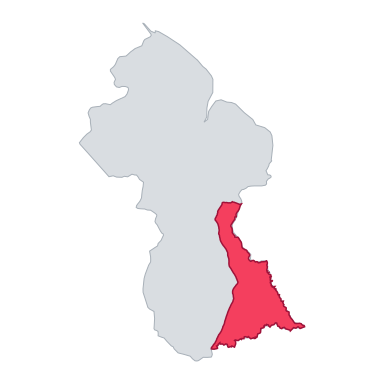 location of VI-7 Upper Corentyne, East Berbice-Corentyne, Guyana
{"feature_id": "73187651B49855956252830", "entity_name": "VI-7 Upper Corentyne", "entity_type": "district", "adm_level": 2, "iso_a3": "GUY", "parent_name": "Guyana", "parent_adm1": "East Berbice-Corentyne", "projection": "albers", "projection_center": [-57.779, 3.06], "detail": "fine", "context": "in_parent", "style": "filled", "palette": "rose", "viewbox_px": 384, "rotation_deg": 0, "n_neighbors": 0, "source": "geoboundaries", "source_scale": "gbopen_adm2", "svg_char_len": 9517}
<svg xmlns="http://www.w3.org/2000/svg" viewBox="0 0 384 384"><path d="M109.0,176.7L99.3,165.8L89.6,154.9L80.0,144.2L79.4,142.7L83.4,137.6L87.0,134.0L90.0,131.9L91.4,130.1L90.4,122.2L90.4,119.4L89.1,116.3L88.1,112.9L89.3,110.0L90.7,108.0L92.6,107.2L97.1,106.6L100.2,106.3L101.4,105.1L103.2,103.8L105.6,103.7L110.3,104.7L112.5,103.0L116.4,100.6L125.1,96.6L127.1,93.9L128.5,89.9L128.3,87.9L127.4,87.2L125.3,86.5L122.0,86.4L119.3,87.5L116.5,86.9L114.3,84.4L114.1,82.3L115.5,79.3L114.7,77.4L110.4,71.1L110.4,69.4L113.6,66.7L115.4,64.3L117.8,58.6L119.8,56.7L125.9,56.1L127.4,54.9L130.6,51.9L135.2,48.5L141.8,45.8L143.8,40.8L144.9,39.4L150.2,36.8L151.2,35.4L151.0,34.2L142.6,23.0L144.3,23.8L150.8,31.1L154.5,32.7L155.2,32.7L155.3,30.8L158.6,31.6L167.3,36.6L179.9,44.9L197.7,60.4L202.7,66.4L206.1,69.1L211.4,75.9L212.9,79.3L212.8,92.5L208.1,101.4L206.9,108.1L206.7,117.1L204.0,122.2L207.6,119.4L208.7,111.3L211.8,106.4L215.8,101.0L221.1,99.8L226.9,102.1L231.5,102.5L235.6,104.1L244.3,112.7L252.8,119.5L255.8,124.9L264.8,127.7L270.2,132.0L271.9,135.7L272.9,145.4L271.2,160.2L271.7,160.9L269.2,163.8L268.8,165.7L267.2,168.9L266.0,170.7L267.8,174.8L269.8,175.0L270.6,175.5L271.1,176.3L271.0,177.2L270.2,177.9L268.3,178.9L266.4,181.3L266.6,183.9L265.4,185.2L261.7,185.9L254.4,185.9L250.9,186.1L248.0,186.6L246.1,188.2L243.7,189.4L241.9,189.7L240.2,191.6L238.6,194.4L239.1,196.3L240.8,198.8L241.8,201.4L240.5,205.6L239.1,208.8L238.2,211.3L237.1,216.1L234.3,221.3L232.3,224.3L232.3,227.5L233.3,232.1L239.0,238.8L240.9,242.0L242.4,247.1L247.6,251.1L250.8,254.4L250.5,258.7L251.0,260.0L253.0,261.1L255.4,262.0L258.1,261.9L260.6,261.5L261.1,260.9L266.7,260.8L267.4,261.9L267.7,268.1L267.9,270.6L269.3,271.6L270.0,273.2L270.1,274.6L270.4,278.1L271.2,279.9L271.1,283.6L271.6,284.9L273.2,285.9L275.1,288.5L275.9,288.9L276.3,289.8L277.9,293.6L278.8,294.7L279.4,294.9L279.6,296.2L280.8,299.7L281.7,300.6L283.2,303.2L283.9,306.0L285.9,309.2L288.1,311.5L289.0,313.8L291.7,318.9L294.3,322.5L297.9,323.5L300.8,324.0L302.7,325.4L304.5,326.9L302.6,327.5L300.8,328.5L298.4,327.8L295.0,328.1L291.5,329.2L288.2,329.7L282.1,328.1L280.3,327.8L279.0,327.1L276.5,323.9L275.3,323.6L272.0,325.1L268.1,326.1L266.1,325.9L263.9,327.0L261.7,328.4L257.7,334.6L255.6,336.8L253.4,337.8L248.9,337.8L244.1,338.0L240.6,339.5L237.2,340.3L235.5,340.4L235.0,343.8L234.2,345.4L233.1,346.3L230.5,346.6L228.2,346.5L226.8,345.0L224.1,344.3L221.8,343.8L220.3,343.0L219.1,343.2L218.0,344.6L217.2,345.8L216.5,348.1L213.0,348.8L211.4,350.0L212.3,354.2L211.9,355.9L211.2,357.1L206.9,357.4L203.2,357.3L201.1,358.8L198.5,360.6L196.9,361.0L195.0,360.8L192.5,358.8L190.2,356.2L184.1,354.4L178.1,352.9L174.1,348.8L173.2,346.8L171.3,345.9L166.7,341.1L164.1,338.0L161.3,337.1L158.1,335.8L158.2,333.6L158.0,331.4L156.6,330.5L154.7,329.9L154.0,328.7L154.2,325.9L154.6,318.5L154.0,311.5L149.7,309.1L147.9,307.4L144.6,297.0L143.1,292.4L143.0,288.9L144.1,278.5L145.3,274.1L148.7,265.1L150.6,262.0L150.7,259.8L150.6,256.8L149.6,251.1L155.2,247.4L157.6,245.9L158.1,243.5L161.1,240.4L162.4,237.5L163.5,235.2L163.2,233.9L161.9,233.2L160.4,231.0L157.1,224.7L155.9,223.4L155.0,221.7L155.5,218.9L156.8,215.8L156.6,214.6L154.6,212.9L150.6,210.2L147.3,210.0L144.7,209.0L140.9,208.8L137.9,208.5L136.2,207.5L136.5,205.8L137.3,204.5L139.8,201.4L141.5,198.0L141.8,194.7L142.3,190.3L143.1,186.5L143.5,182.2L139.5,179.4L138.2,177.1L136.5,175.0L134.7,175.0L132.0,174.2L127.7,176.8L124.3,176.3L122.0,177.3L116.6,177.1L113.2,175.8L109.0,176.7Z" fill="#d9dde1" stroke="#a8b0b8" stroke-width="1"/><path d="M215.1,219.9L215.7,220.6L216.6,221.8L217.6,223.4L218.0,224.3L218.4,225.8L218.5,226.2L218.8,227.2L218.9,228.6L219.0,229.0L219.2,230.0L219.2,230.6L219.0,231.4L219.0,232.3L218.8,232.6L218.7,233.7L218.8,234.1L219.3,235.0L219.5,235.8L219.6,236.9L220.1,238.7L220.1,239.2L220.2,239.7L220.5,240.7L220.9,241.6L222.3,244.1L223.0,245.1L223.2,245.5L223.8,246.1L224.7,247.3L226.2,249.4L226.3,249.8L226.8,250.7L226.9,251.1L227.6,252.4L227.7,253.1L227.7,254.7L227.8,255.7L228.1,256.6L228.8,258.8L228.9,259.4L228.9,260.0L229.0,261.2L228.9,263.2L229.0,264.6L229.3,266.2L229.7,266.9L230.1,267.4L231.2,269.0L231.6,269.9L231.9,270.3L233.5,273.0L234.4,274.2L235.8,276.7L236.1,277.4L236.5,278.6L236.8,279.1L237.3,280.6L237.9,281.9L237.9,282.4L237.6,283.3L237.0,284.2L236.0,285.2L235.4,286.2L234.7,287.0L233.6,288.5L233.2,289.4L232.8,290.3L232.6,291.2L232.6,293.1L232.7,293.6L233.1,294.4L233.2,294.8L233.4,297.0L233.6,297.9L233.7,298.5L233.6,299.1L233.4,299.6L233.2,300.1L233.0,301.0L232.9,301.5L232.6,302.1L231.3,304.3L230.5,306.0L230.2,306.9L229.8,307.4L228.9,309.6L227.8,312.2L227.3,313.9L226.4,316.3L226.0,317.6L225.7,318.6L225.5,319.1L225.3,320.0L224.9,320.9L224.7,321.9L224.4,323.5L223.6,325.4L222.9,326.6L222.6,328.0L222.0,329.4L221.1,331.6L220.7,332.0L219.8,333.5L218.9,334.6L218.6,335.0L218.3,335.9L217.8,336.7L217.6,337.5L217.0,338.3L216.3,340.5L215.6,341.6L215.0,343.0L213.5,344.7L212.6,346.3L212.3,346.6L211.7,347.3L211.5,347.7L211.3,348.0L211.3,348.9L214.1,349.2L217.0,348.6L217.6,348.1L216.6,346.0L218.0,345.5L218.1,344.4L219.9,342.7L220.1,344.1L222.7,344.0L223.9,345.1L225.8,343.9L227.3,344.4L227.8,346.8L228.8,347.3L230.2,346.6L231.5,346.9L231.9,346.0L234.5,347.1L235.7,343.9L235.6,341.1L234.6,340.5L235.2,339.9L238.1,340.6L240.4,338.9L241.5,339.5L241.9,338.5L243.9,338.7L244.3,336.8L245.1,336.6L247.7,337.3L248.3,336.6L250.8,338.8L254.0,337.7L254.2,338.5L255.3,338.4L256.2,337.6L255.8,337.1L257.1,337.0L257.7,333.9L259.9,333.2L260.6,332.2L260.8,328.5L263.8,327.7L264.3,326.8L263.8,326.2L264.8,325.1L266.3,325.2L266.6,324.4L268.4,325.0L268.3,325.6L270.0,327.1L271.5,325.2L273.9,324.7L275.4,322.9L276.7,323.0L277.8,326.2L279.3,326.6L280.1,328.1L281.8,328.7L282.6,327.7L284.4,327.4L285.6,328.8L290.0,330.1L290.3,331.0L293.6,327.6L295.9,328.2L298.1,326.7L300.1,328.5L304.6,326.7L304.5,326.2L304.1,325.5L303.6,325.3L302.8,325.3L302.4,325.0L301.7,324.4L301.4,323.9L301.2,323.7L300.0,323.4L299.7,323.3L299.3,323.3L298.5,323.4L296.6,323.5L295.0,323.4L294.7,323.1L294.2,322.6L292.2,319.5L290.9,318.1L290.5,317.7L289.8,315.9L289.3,315.4L289.0,314.8L289.0,314.0L289.1,312.8L289.0,312.0L288.7,311.8L287.4,311.4L286.9,311.2L286.5,311.0L286.2,310.6L286.1,310.4L286.0,309.8L286.1,309.2L286.2,308.2L286.2,307.9L286.0,307.6L285.4,307.2L284.1,306.6L283.7,306.3L283.5,305.5L283.5,305.3L283.6,305.0L283.9,304.7L283.6,304.3L283.4,304.0L283.2,303.4L282.7,302.5L282.6,302.1L283.2,301.8L283.4,301.1L283.2,301.1L283.0,301.4L282.9,301.4L282.4,301.2L282.1,301.2L281.9,301.3L281.4,301.2L281.0,301.0L280.9,299.9L281.0,299.1L280.9,298.7L280.5,298.3L280.1,298.1L279.6,297.5L279.4,297.2L279.4,296.5L279.2,296.2L279.2,295.9L279.5,294.7L279.3,294.6L279.2,294.6L278.9,294.7L278.6,294.9L278.2,294.9L278.0,294.6L277.8,293.8L277.6,292.6L276.9,291.5L275.9,290.4L275.7,289.9L275.7,289.6L275.9,289.2L275.9,288.9L275.7,288.8L275.1,288.9L274.7,288.9L274.4,288.8L274.2,288.4L274.1,287.9L274.5,287.1L275.0,286.4L274.7,286.4L273.8,286.9L273.1,287.1L272.8,287.1L272.3,287.0L272.3,286.6L272.5,286.3L272.4,286.1L271.6,286.0L271.3,285.8L271.2,285.5L271.3,284.8L271.2,284.2L270.5,283.2L270.3,282.7L270.3,282.2L270.7,281.9L271.3,281.8L272.0,281.4L272.2,281.2L272.4,280.7L272.2,280.5L271.9,280.5L271.3,281.0L271.0,281.1L270.6,281.0L270.4,280.7L270.4,279.8L270.2,279.0L270.4,278.6L270.8,278.1L270.1,277.6L269.8,277.1L269.9,276.9L270.3,276.7L271.1,276.8L271.3,276.5L271.0,276.0L270.9,275.0L270.7,274.8L270.0,274.6L269.6,274.6L268.7,274.0L268.5,273.7L268.5,273.3L268.7,273.0L269.1,272.5L269.1,272.3L268.9,272.3L268.4,272.7L268.1,272.8L267.6,272.7L267.2,272.2L267.0,271.7L267.6,270.9L267.1,270.7L266.8,270.5L266.7,269.9L266.9,269.3L267.2,267.9L267.3,267.4L267.2,266.9L267.4,266.5L267.3,266.3L267.1,266.1L266.8,265.2L266.8,264.7L267.2,264.2L267.3,263.7L267.4,263.0L267.2,262.1L266.9,261.7L266.7,261.0L266.5,260.8L266.2,260.9L265.8,261.4L265.1,261.6L262.5,261.8L261.7,261.8L261.2,261.9L260.2,262.5L259.5,262.6L258.7,262.8L258.3,262.8L258.0,262.6L257.7,262.0L257.3,261.8L257.0,261.7L256.5,261.7L255.5,262.0L255.2,261.9L254.9,261.5L254.2,260.8L253.5,260.4L252.6,260.5L252.1,260.6L251.5,261.0L250.8,261.3L250.6,261.3L250.2,261.0L250.0,260.7L249.8,260.6L248.9,259.7L248.6,259.1L248.5,258.6L248.7,257.3L249.0,256.6L249.5,255.9L249.7,255.3L249.7,254.9L249.2,253.9L248.4,252.9L247.9,252.5L247.3,251.9L246.9,250.7L246.7,250.4L246.1,250.0L245.3,249.7L245.1,249.6L244.9,249.7L243.5,248.7L243.1,248.6L242.6,248.2L242.2,247.6L242.0,247.1L241.8,246.2L241.6,243.7L241.5,243.2L241.3,242.4L241.0,241.8L239.8,240.0L238.8,238.3L238.4,237.7L238.0,237.3L237.4,237.2L237.0,237.3L234.8,237.1L234.8,235.5L234.5,235.4L234.1,235.2L233.4,234.3L233.0,233.7L232.4,233.0L232.2,232.4L232.3,232.1L232.3,231.7L232.3,230.7L232.1,228.7L231.5,227.3L231.0,226.7L230.8,226.1L230.8,225.7L231.2,224.7L233.1,221.6L234.2,220.0L234.7,219.8L234.7,219.3L234.8,219.2L234.8,217.1L236.3,216.8L236.3,216.5L236.2,215.9L236.0,214.9L236.2,213.9L237.0,212.3L238.2,210.9L238.9,209.7L239.6,208.0L239.7,207.4L240.1,206.0L240.5,205.3L241.4,203.9L241.0,204.0L240.6,204.2L240.2,204.3L239.1,204.2L238.0,203.7L236.2,203.0L235.3,202.7L234.5,202.4L234.0,202.2L233.6,202.2L233.0,202.1L232.6,201.9L232.3,201.7L231.5,202.4L231.1,202.6L230.7,202.8L230.2,202.9L229.2,202.8L228.1,202.9L226.7,202.5L225.6,202.6L225.1,202.6L223.9,202.3L223.0,202.4L222.6,202.5L222.2,202.9L222.0,204.3L221.9,204.7L219.0,209.1L218.7,209.5L218.2,210.4L217.9,210.9L217.7,211.4L217.7,211.9L217.8,212.4L217.4,213.5L217.2,214.9L216.7,215.6L216.4,216.2L215.9,217.5L215.3,218.3L215.2,218.7L215.1,219.9Z" fill="#f43f5e" stroke="#9f1239" stroke-width="1.5"/></svg>